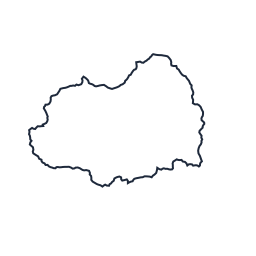 Alfredo Wagner, Santa Catarina, Brazil, rotated 309°
{"feature_id": "56859067B29143197602699", "entity_name": "Alfredo Wagner", "entity_type": "district", "adm_level": 2, "iso_a3": "BRA", "parent_name": "Brazil", "parent_adm1": "Santa Catarina", "projection": "albers", "projection_center": [-49.333, -27.717], "detail": "fine", "context": "isolated", "style": "outline", "palette": "slate", "viewbox_px": 256, "rotation_deg": 309, "n_neighbors": 0, "source": "geoboundaries", "source_scale": "gbopen_adm2", "svg_char_len": 3575}
<svg xmlns="http://www.w3.org/2000/svg" viewBox="0 0 256 256"><g transform="rotate(309 128 128)"><path d="M137.2,61.2L136.4,62.7L134.8,63.7L132.6,64.1L130.1,62.6L129.3,60.6L127.5,60.3L126.5,58.6L125.3,57.7L124.4,56.6L122.7,55.8L121.1,54.9L119.8,54.0L118.2,52.5L115.9,50.8L113.7,51.3L111.7,51.5L109.6,51.7L107.4,50.6L106.1,49.4L104.6,48.5L102.9,48.8L101.5,50.1L99.8,51.1L97.3,51.5L95.6,50.8L94.2,49.2L92.9,49.7L91.7,49.5L90.3,50.2L89.2,53.2L88.1,55.4L87.2,56.9L86.4,58.4L85.1,58.9L84.0,60.3L82.4,61.0L80.4,61.3L78.7,60.5L77.0,59.6L76.2,60.9L75.0,59.6L73.8,58.5L72.5,56.7L70.6,56.5L68.8,56.5L67.9,54.9L67.7,53.4L66.0,52.9L64.1,52.5L63.0,53.9L60.9,55.0L60.3,56.5L59.2,57.8L57.6,59.3L57.3,61.1L55.5,61.1L53.4,62.1L53.3,64.1L53.2,66.3L51.5,68.2L49.8,68.8L48.7,70.3L48.9,72.2L49.1,74.0L49.4,76.0L48.2,78.3L48.9,80.7L47.8,81.8L47.4,83.3L48.0,85.4L47.4,87.2L48.7,88.7L48.4,90.7L48.8,92.4L49.5,93.9L50.0,95.5L51.1,97.0L52.5,97.0L53.5,98.0L54.4,99.6L55.6,100.9L56.6,101.8L57.7,103.0L59.1,104.7L60.7,106.5L61.4,108.7L61.6,110.6L62.9,111.8L64.2,112.2L65.7,113.8L66.4,115.8L66.6,117.6L66.8,119.1L67.5,120.6L69.0,122.0L70.2,124.7L69.1,126.7L67.8,127.5L67.5,129.5L66.2,130.9L64.6,132.1L64.1,134.3L64.5,136.9L64.8,139.0L65.3,140.6L66.2,142.7L66.4,145.0L68.3,145.4L69.6,145.9L69.9,147.7L71.2,149.6L72.8,149.1L74.2,149.7L75.9,149.6L78.0,150.1L80.2,149.2L82.4,150.1L83.5,150.8L84.9,151.9L85.3,153.7L83.8,155.1L83.5,156.6L85.4,158.1L87.3,159.4L86.8,161.2L85.1,162.6L86.7,163.2L88.3,164.1L89.5,165.1L91.1,164.8L92.5,164.9L94.1,166.0L96.1,167.7L97.7,169.0L99.0,170.4L100.9,171.3L102.5,173.4L103.9,175.5L104.6,177.4L106.5,177.3L108.5,177.9L110.8,178.2L112.2,177.6L113.9,176.8L115.5,175.8L115.7,178.1L116.6,180.1L118.0,180.4L119.2,181.2L119.9,182.9L121.1,184.3L121.6,185.7L122.3,187.0L123.6,188.3L125.0,188.3L126.2,187.1L127.5,186.1L128.5,185.0L130.4,184.3L132.4,185.0L134.3,185.6L134.7,187.0L135.7,188.5L136.9,189.7L136.4,191.6L137.5,193.6L137.3,195.7L136.2,197.7L138.0,198.1L139.2,199.3L140.0,200.7L139.7,202.3L140.9,203.3L141.9,204.3L142.6,205.7L142.7,207.3L144.1,207.5L145.4,206.6L146.7,206.2L148.6,206.4L149.5,204.8L150.5,203.2L151.6,201.4L152.6,198.8L154.5,196.8L156.8,195.6L159.1,194.9L161.1,194.9L163.0,194.3L164.2,193.2L165.9,192.8L166.6,191.1L168.3,190.0L168.8,188.0L169.4,186.2L170.9,185.4L173.3,185.6L175.2,185.8L176.3,185.0L177.6,184.7L179.2,184.7L180.2,183.7L180.3,182.1L180.4,180.3L181.7,179.0L183.0,178.6L184.4,178.5L186.1,177.5L187.7,176.2L188.8,173.6L190.1,171.2L190.4,169.0L190.1,167.0L188.5,165.2L188.1,162.8L189.6,161.8L190.9,160.9L191.9,158.8L193.4,157.4L195.0,157.5L196.8,156.3L197.9,154.5L198.7,152.8L199.5,151.7L201.2,150.6L201.4,148.7L202.2,147.2L203.0,145.8L203.3,144.3L203.7,142.3L204.5,140.3L203.6,138.3L203.5,136.4L204.0,134.3L204.7,132.1L205.3,130.7L205.1,128.6L206.6,126.5L204.8,124.4L204.0,122.4L205.0,121.1L206.4,120.2L207.7,118.4L208.3,115.9L208.6,113.7L207.7,111.8L206.7,110.1L205.8,108.4L204.9,107.2L203.7,105.6L202.5,103.7L201.2,101.1L199.7,100.8L198.2,101.0L196.8,100.6L195.3,100.8L193.6,100.2L192.0,100.0L190.1,99.2L188.4,98.9L187.5,97.5L187.2,95.6L185.7,94.3L184.3,93.0L182.8,94.5L181.5,95.9L179.9,96.8L178.5,97.0L177.1,96.1L175.6,96.0L173.2,96.2L171.1,96.6L169.5,95.7L167.8,96.2L165.6,96.5L164.2,96.4L163.0,96.1L161.2,96.9L158.6,96.3L156.8,95.2L155.2,95.0L153.2,94.1L151.7,93.2L150.2,92.2L148.3,91.0L147.4,88.8L146.7,86.8L146.7,84.9L146.4,82.2L144.5,80.3L143.2,79.2L141.9,78.3L140.3,77.0L139.6,75.6L139.7,74.0L139.3,72.2L138.6,70.7L138.3,69.3L139.5,67.7L140.0,66.4L140.2,63.5L139.9,61.1L137.2,61.2Z" fill="none" stroke="#1e293b" stroke-width="2"/></g></svg>